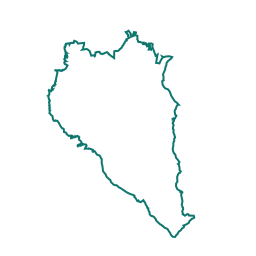 the district of Stoilesti, Vâlcea, Romania, rotated 104°
{"feature_id": "2599482B98117810707628", "entity_name": "Stoilesti", "entity_type": "district", "adm_level": 2, "iso_a3": "ROU", "parent_name": "Romania", "parent_adm1": "Vâlcea", "projection": "mercator", "projection_center": [24.361, 44.917], "detail": "fine", "context": "isolated", "style": "outline", "palette": "teal", "viewbox_px": 256, "rotation_deg": 104, "n_neighbors": 0, "source": "geoboundaries", "source_scale": "gbopen_adm2", "svg_char_len": 5804}
<svg xmlns="http://www.w3.org/2000/svg" viewBox="0 0 256 256"><g transform="rotate(104 128 128)"><path d="M158.6,155.7L158.8,154.3L160.4,152.8L161.5,151.2L161.5,149.3L162.0,148.3L163.9,146.9L164.7,145.9L168.5,145.0L171.1,143.6L175.9,141.8L178.6,138.3L180.5,137.0L182.4,133.6L182.7,132.6L184.6,131.4L186.6,127.9L186.6,126.5L186.3,125.2L187.9,122.2L188.1,120.8L190.8,113.4L191.6,109.4L191.7,106.5L192.0,105.6L192.3,105.2L193.3,105.3L194.1,103.8L196.6,101.3L196.6,100.8L195.9,100.3L196.8,99.3L196.7,98.7L196.9,97.7L194.3,95.6L195.7,94.4L196.2,93.4L198.0,92.3L199.1,91.0L201.1,89.7L201.2,89.4L201.0,88.9L203.2,88.1L204.5,86.7L205.8,86.5L207.4,85.0L207.7,83.8L207.5,83.4L208.1,81.0L208.9,80.3L209.8,78.9L210.9,78.3L212.0,76.7L213.7,73.4L214.1,71.7L214.8,70.8L214.8,70.2L215.9,68.4L216.2,66.1L216.5,65.1L218.2,63.5L219.8,61.5L220.9,60.9L222.5,58.7L222.7,57.9L222.2,55.8L220.3,55.3L219.1,54.3L218.5,54.4L216.3,53.6L214.5,52.1L212.1,51.1L211.0,49.9L209.4,49.7L209.1,50.4L207.8,48.5L205.9,46.6L205.0,45.9L203.7,46.0L201.6,44.6L200.4,43.8L200.0,43.0L199.0,42.0L197.2,42.9L198.2,47.8L197.3,48.2L197.1,49.6L199.3,51.5L198.8,53.0L198.4,53.2L198.4,54.0L197.9,53.9L195.9,55.2L193.4,54.9L192.1,55.3L191.9,55.9L191.1,56.1L189.6,57.3L185.9,57.4L180.4,60.1L178.1,60.6L177.7,60.4L177.6,59.7L177.2,59.7L176.8,60.4L177.0,61.0L176.7,61.2L177.0,61.8L176.5,61.8L175.5,65.3L172.6,67.5L171.6,67.5L170.4,67.9L168.1,67.1L163.5,68.5L160.9,68.2L159.1,67.5L158.6,66.5L157.4,66.3L156.3,67.8L153.8,68.5L151.2,69.9L150.8,70.8L149.3,69.8L148.6,69.9L146.6,72.2L145.5,73.9L143.5,75.2L142.3,75.6L141.4,77.3L139.3,78.8L137.1,79.7L135.2,79.6L131.6,80.3L130.5,80.4L129.4,80.0L127.4,80.6L125.9,80.0L125.0,80.4L124.6,80.9L123.5,81.2L121.3,82.9L118.6,83.3L118.1,84.2L116.4,84.6L114.1,84.4L112.8,85.7L112.1,85.6L111.8,85.9L110.0,85.1L109.0,85.3L109.1,86.5L108.5,86.4L108.3,86.8L107.6,86.2L107.4,84.8L104.8,84.1L104.2,84.1L104.1,84.8L103.4,85.6L100.8,86.7L99.1,86.8L97.8,86.2L96.0,86.2L93.5,85.5L93.2,84.4L91.5,87.0L90.7,89.2L86.2,93.9L82.6,96.3L80.8,98.6L80.5,101.5L79.2,103.3L77.8,104.7L74.7,106.1L73.9,106.0L73.1,104.9L72.2,105.4L69.7,105.9L67.6,107.0L62.3,106.1L59.8,106.4L58.1,106.0L55.5,106.3L53.2,105.3L50.0,102.8L48.5,102.3L48.4,105.3L49.5,108.7L50.6,110.4L50.3,112.2L51.2,111.4L54.1,112.5L57.7,113.1L58.0,116.5L49.6,117.1L51.3,118.6L42.9,124.3L40.8,124.2L40.3,125.6L41.0,128.1L41.4,128.0L42.5,126.8L45.1,125.9L45.4,125.1L45.7,125.2L45.4,124.6L46.0,124.6L46.2,125.1L46.4,125.0L46.3,125.6L45.9,125.8L46.5,126.5L47.3,126.0L46.9,126.6L47.0,126.9L46.5,127.0L45.6,126.5L45.0,126.5L44.2,127.3L42.4,128.1L42.4,129.1L43.9,128.6L44.2,129.3L42.2,130.2L42.3,130.5L42.9,130.5L42.6,131.0L41.5,131.0L41.5,131.6L42.0,132.0L41.9,132.8L42.8,132.7L42.9,132.9L42.9,133.7L41.4,133.6L41.8,135.1L41.6,137.5L42.0,138.3L41.8,139.1L40.7,139.5L39.7,140.5L38.6,140.5L36.2,141.3L36.2,143.4L34.9,143.8L33.7,143.2L33.3,143.4L33.5,145.4L36.3,145.7L37.4,145.0L38.6,147.0L35.8,148.2L33.5,151.0L35.0,152.4L35.5,153.4L35.9,153.0L36.1,152.2L36.9,151.7L37.6,150.2L38.2,150.0L38.3,150.3L38.8,150.3L39.5,149.6L40.0,148.5L42.5,151.1L43.4,150.4L44.8,151.8L46.9,152.0L47.4,152.5L48.7,152.6L50.2,153.4L51.6,153.6L51.8,153.9L52.6,154.1L53.1,154.8L54.9,155.7L55.9,156.7L56.0,158.2L56.9,159.9L63.5,158.4L61.9,162.5L60.9,164.2L61.1,164.6L60.1,165.4L59.5,166.8L62.5,170.7L62.2,171.2L62.5,171.9L62.4,172.9L61.4,173.6L61.0,174.3L62.0,176.5L61.8,176.7L62.6,177.8L65.9,177.4L66.5,177.7L65.7,178.8L66.7,181.2L62.7,183.7L61.4,186.5L61.6,188.0L62.4,189.6L63.0,191.3L62.0,190.7L60.2,191.0L57.8,190.8L56.0,191.2L58.2,197.0L56.7,198.6L56.4,201.3L57.3,201.5L58.2,201.2L58.8,201.5L59.1,203.7L59.8,204.5L61.0,204.9L59.9,205.3L61.3,208.6L62.1,208.6L62.2,208.2L62.7,208.3L62.8,208.8L64.7,208.5L64.8,209.1L67.0,208.6L67.7,207.7L69.2,207.3L69.5,206.3L69.9,206.4L70.0,206.0L70.2,206.6L71.5,206.4L71.8,205.0L73.3,204.1L74.4,204.1L74.4,204.8L73.7,205.0L73.3,205.8L73.4,206.5L74.2,206.4L74.4,205.8L74.7,205.7L75.5,206.1L76.9,205.8L77.0,206.2L77.7,205.5L77.7,205.0L78.6,205.1L78.6,204.7L79.1,205.5L79.9,205.7L81.2,204.8L81.5,203.0L81.7,202.8L81.9,201.8L85.4,202.7L87.4,204.5L87.2,205.0L87.6,205.4L87.6,205.8L88.6,206.0L88.8,207.4L88.5,207.6L88.4,208.7L88.9,208.8L89.4,212.4L89.7,212.4L89.8,210.8L91.3,209.9L98.1,209.7L100.1,209.3L100.2,209.8L100.6,209.8L102.4,209.7L102.5,209.5L103.4,209.6L103.5,209.3L103.9,209.8L104.4,209.6L104.4,210.2L105.1,210.2L105.3,210.5L105.2,210.9L106.6,211.5L108.7,211.5L108.8,211.0L109.3,211.0L108.7,210.2L109.5,210.4L109.9,211.7L110.4,211.9L111.1,211.7L111.5,212.7L110.5,213.5L110.3,213.9L110.6,214.0L111.8,213.1L114.6,212.5L115.9,213.3L115.9,212.8L117.3,212.7L118.9,211.7L119.3,211.7L120.0,210.6L121.1,210.4L121.5,210.9L122.3,210.8L124.2,209.8L125.2,210.0L125.5,209.3L127.5,209.2L127.6,208.6L129.1,208.8L129.9,208.4L129.9,207.9L130.4,208.1L132.7,207.8L133.1,206.8L133.8,206.1L134.8,204.1L137.9,202.8L139.0,201.5L138.6,200.2L138.2,200.0L138.4,199.5L138.1,198.3L140.1,196.0L142.3,194.2L143.9,192.3L144.2,191.8L144.2,190.9L144.7,190.0L147.4,189.1L147.5,187.0L148.0,186.4L148.7,186.2L150.0,183.6L149.3,181.9L149.0,180.4L149.3,179.8L150.8,181.1L151.2,181.0L151.1,180.5L151.6,180.5L151.3,179.8L150.0,178.7L149.9,177.3L149.8,177.1L148.8,177.2L149.0,176.7L148.5,176.1L147.8,176.3L148.4,175.7L147.9,175.3L148.0,174.8L148.3,174.5L147.4,174.1L148.2,174.1L148.2,173.9L148.6,173.7L148.7,173.1L151.1,172.8L152.1,170.7L153.7,169.2L155.6,170.8L155.9,171.7L156.4,172.3L156.8,172.5L157.1,172.0L157.6,172.4L157.9,172.0L156.6,170.8L156.7,169.9L156.3,169.6L156.3,169.2L155.5,168.6L155.3,167.9L154.6,167.8L154.3,167.1L154.5,166.1L154.2,164.8L154.9,164.0L155.4,163.9L156.4,164.4L158.5,164.8L157.8,162.6L157.8,161.5L157.4,161.3L157.3,160.1L157.5,159.4L157.3,159.0L157.7,158.1L157.6,156.8L157.9,156.4L159.0,156.7L159.5,156.5L159.5,156.0L158.6,155.7Z" fill="none" stroke="#0f766e" stroke-width="2"/></g></svg>